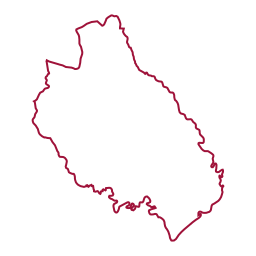 Namacurra, Zambezia, Mozambique (Natural Earth projection)
{"feature_id": "85939544B74893021327700", "entity_name": "Namacurra", "entity_type": "district", "adm_level": 2, "iso_a3": "MOZ", "parent_name": "Mozambique", "parent_adm1": "Zambezia", "projection": "natural_earth1", "projection_center": [37.083, -17.473], "detail": "fine", "context": "isolated", "style": "outline", "palette": "rose", "viewbox_px": 256, "rotation_deg": 0, "n_neighbors": 0, "source": "geoboundaries", "source_scale": "gbopen_adm2", "svg_char_len": 5823}
<svg xmlns="http://www.w3.org/2000/svg" viewBox="0 0 256 256"><path d="M123.8,28.6L120.0,28.4L120.0,27.2L120.4,24.7L120.3,23.4L119.4,20.4L117.6,16.7L116.2,16.0L114.3,16.3L112.5,15.5L111.5,15.4L111.1,15.5L108.3,17.2L106.5,18.7L105.8,20.7L104.3,24.1L103.5,25.1L102.7,25.6L102.2,25.7L97.3,21.3L91.6,22.0L86.8,23.8L83.5,26.1L81.8,27.1L78.4,28.4L76.4,29.4L76.2,30.4L76.7,31.7L78.6,34.9L79.1,36.5L79.4,39.6L79.4,43.5L79.8,44.7L81.0,46.8L82.3,52.0L82.2,54.0L80.6,58.7L80.2,62.9L79.3,66.9L78.8,67.8L77.7,68.6L76.0,69.0L74.9,69.0L73.6,68.3L71.5,67.6L65.9,67.0L62.7,65.4L59.2,64.5L58.7,64.3L49.1,61.5L46.8,60.3L46.5,61.4L46.7,62.0L48.1,70.9L49.0,72.7L49.1,73.4L48.8,73.8L48.1,74.0L46.8,76.3L46.1,76.7L45.7,77.4L45.6,78.2L46.1,79.1L46.3,79.2L46.7,79.8L46.8,80.5L46.0,82.5L45.9,83.5L46.4,84.2L48.6,85.6L49.0,86.2L48.9,86.8L48.6,87.3L47.9,87.9L45.4,88.5L44.8,88.8L43.9,89.9L43.0,91.3L40.2,92.7L39.0,94.7L36.9,99.3L35.4,100.6L34.0,101.3L34.6,101.9L34.9,102.7L35.7,108.2L36.9,110.3L37.0,110.9L36.7,111.8L35.2,114.1L34.6,116.8L34.4,117.3L32.9,119.2L32.7,119.7L32.7,120.9L33.1,122.4L33.5,123.2L35.7,125.5L37.8,128.9L38.9,132.8L39.8,134.3L42.0,136.2L43.9,137.3L44.4,137.5L44.9,137.3L47.6,138.0L50.3,138.2L52.5,142.1L55.0,145.3L57.4,151.2L58.0,151.9L58.3,152.4L58.6,153.2L58.5,154.2L58.9,155.5L59.4,156.4L59.9,156.8L63.1,157.0L64.1,157.4L65.0,158.0L66.3,159.7L66.7,160.6L66.8,161.7L66.1,165.0L65.7,166.4L66.0,167.7L66.2,168.0L67.7,168.8L68.1,169.6L68.9,172.2L69.6,172.7L70.9,173.3L72.5,173.9L73.7,173.9L74.1,174.3L74.6,175.5L74.9,177.0L74.9,178.5L75.2,180.1L75.9,182.2L76.7,183.4L78.1,184.8L80.5,186.1L84.0,186.9L85.9,186.3L86.3,185.4L87.0,185.2L87.2,186.1L88.3,185.9L88.3,186.7L88.5,186.8L89.7,185.6L91.4,184.9L91.6,185.4L91.7,186.0L92.0,186.2L92.9,185.8L93.1,185.9L93.6,189.2L94.0,190.0L94.0,191.3L95.4,191.7L97.5,191.1L97.8,191.2L98.3,191.7L99.1,193.0L99.5,193.5L100.3,193.9L100.6,193.5L100.9,191.5L101.4,191.3L102.6,191.2L102.6,189.9L103.3,189.3L103.5,189.3L103.9,189.8L104.7,189.9L105.4,190.4L105.7,190.2L106.0,188.1L109.1,187.8L110.1,187.9L110.8,188.2L111.8,189.4L112.0,190.2L112.1,191.6L113.2,193.5L113.3,194.4L112.7,195.5L111.2,195.8L109.4,195.8L109.0,196.6L109.1,197.4L110.5,198.6L112.0,199.1L114.2,200.5L114.9,200.7L116.6,200.6L117.0,200.9L117.2,201.7L116.8,202.5L114.0,204.1L113.5,205.2L113.5,206.7L114.4,210.9L115.0,211.8L116.0,212.5L116.5,212.5L117.1,212.3L117.9,211.3L118.8,209.2L119.2,207.2L119.5,206.6L127.3,202.4L128.2,202.2L128.7,202.3L129.4,203.1L129.4,204.5L129.1,205.0L128.4,205.6L126.8,206.4L126.5,206.8L126.4,207.5L126.8,207.8L128.1,208.1L129.7,208.0L130.1,207.6L130.6,206.8L131.9,203.7L132.4,203.5L132.6,203.5L133.5,204.1L133.9,204.9L133.9,205.5L132.4,207.6L131.5,208.4L131.3,209.2L131.5,209.7L131.7,209.9L133.4,210.3L135.0,208.8L135.3,208.0L135.4,206.6L135.8,206.2L138.3,206.8L138.8,206.8L139.0,206.6L139.3,206.1L139.5,203.6L139.8,202.7L140.2,202.3L142.2,202.4L142.7,202.2L143.4,201.2L144.0,199.1L144.6,197.6L145.0,197.2L146.2,196.5L147.2,196.5L149.2,198.4L150.2,200.4L150.3,201.2L150.1,202.1L148.9,202.8L147.1,203.3L146.9,203.5L146.8,204.2L148.2,205.4L149.7,205.8L151.2,207.0L152.4,207.0L154.2,206.3L154.6,206.4L155.6,207.9L154.7,208.3L151.4,209.2L149.1,210.3L148.9,210.9L148.9,211.5L149.5,213.4L150.3,214.3L151.1,214.5L153.1,214.4L155.1,213.9L156.3,214.1L156.7,214.4L158.4,217.3L159.3,217.2L160.1,217.4L161.5,218.2L163.4,219.8L164.2,221.3L164.5,222.4L164.6,223.7L165.1,226.2L165.9,227.9L167.0,229.3L168.3,231.6L169.6,235.5L170.0,237.9L170.9,239.8L171.4,240.5L172.0,240.6L174.0,240.5L176.0,239.0L178.7,235.0L181.3,232.1L184.3,229.3L192.7,222.2L195.9,219.8L198.7,218.0L200.1,216.7L200.6,215.9L200.8,215.4L200.8,214.2L200.6,214.0L199.8,214.2L198.4,215.2L198.4,213.0L199.0,212.0L199.5,211.7L200.8,211.7L202.7,212.7L204.2,212.9L206.3,212.8L209.4,211.8L210.5,210.7L210.9,209.9L211.6,205.9L212.3,204.6L214.4,203.5L217.7,201.3L218.4,200.8L219.8,199.2L221.1,197.0L222.0,194.2L222.5,192.3L222.5,191.8L222.0,190.3L222.1,188.3L222.5,187.2L223.3,186.3L223.2,185.7L222.8,185.5L221.8,186.3L221.4,186.4L220.7,185.9L219.6,184.1L219.6,183.5L220.5,181.8L220.8,180.4L220.5,179.3L219.5,177.7L219.3,176.1L219.6,175.6L219.8,175.6L221.1,177.0L221.6,177.2L222.1,176.9L222.4,176.4L222.0,174.3L223.0,171.9L223.0,170.5L222.7,169.7L222.0,169.8L220.3,170.9L219.0,171.9L218.3,172.1L217.1,172.1L216.0,171.5L215.9,170.4L216.3,168.5L216.5,165.2L216.4,164.5L215.9,163.6L215.6,163.5L214.9,163.7L213.6,166.2L212.8,167.2L211.9,167.2L211.4,166.8L211.2,166.3L211.4,165.5L213.2,162.6L213.4,162.0L212.7,158.8L212.8,158.3L213.4,156.4L213.4,155.5L213.2,154.9L212.7,154.4L211.5,153.4L208.3,151.3L207.6,151.1L204.7,151.1L203.4,150.5L201.7,149.0L199.0,145.1L198.4,144.0L198.6,143.1L198.9,142.9L199.4,142.8L202.5,143.0L203.0,142.9L203.6,142.3L203.8,141.2L203.8,139.5L203.7,138.7L203.2,137.6L200.1,134.5L199.7,133.0L199.6,130.9L199.3,130.0L198.8,129.6L196.5,128.5L196.1,128.0L195.8,127.2L195.9,125.2L195.7,124.3L194.9,123.3L193.2,122.0L191.7,119.7L190.8,119.2L187.7,119.4L186.7,119.1L185.9,118.1L184.7,114.9L183.3,114.1L180.9,113.5L179.7,112.3L179.0,110.0L178.2,104.8L177.8,103.6L177.3,102.5L176.1,100.8L175.1,100.1L174.8,99.5L174.3,97.4L174.2,95.1L173.6,93.4L172.9,92.7L172.4,92.5L170.8,92.5L169.9,92.2L169.4,91.7L167.4,88.0L166.5,87.4L164.1,86.8L163.4,86.3L162.3,82.7L161.8,81.9L161.2,81.6L158.6,81.3L156.9,80.5L155.9,79.8L155.1,78.3L154.9,77.3L154.3,76.5L153.3,76.2L151.9,76.2L151.0,75.6L148.9,75.3L148.2,74.9L147.2,73.2L146.9,72.7L146.6,72.6L146.1,72.7L145.7,73.6L145.2,73.9L143.8,72.5L139.3,70.0L138.7,68.9L137.8,67.0L136.6,65.8L135.9,64.0L135.2,63.2L135.0,61.4L134.2,59.8L133.9,58.7L133.7,56.8L132.9,54.8L132.6,52.2L131.4,49.8L130.9,48.1L130.7,47.7L129.8,47.6L129.1,47.0L128.2,44.5L127.2,42.9L127.0,42.0L127.6,39.1L127.6,38.1L127.3,37.2L127.1,36.9L126.0,36.2L124.8,34.9L123.9,33.7L123.0,31.8L123.8,28.6Z" fill="none" stroke="#9f1239" stroke-width="2"/></svg>